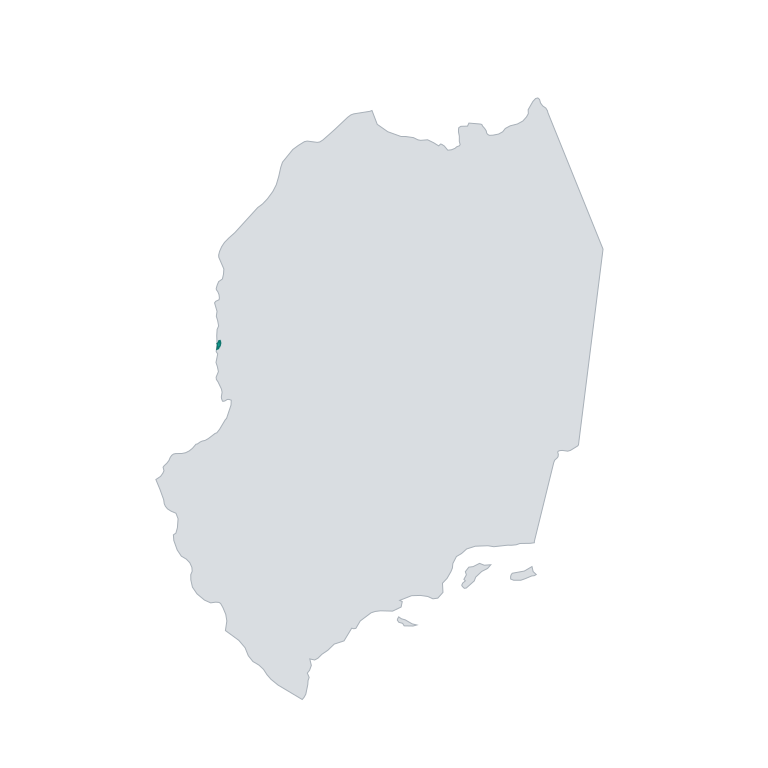 Tunduma, Mbeya, United Republic of Tanzania (highlighted), rotated 68°
{"feature_id": "72390352B1593050996578", "entity_name": "Tunduma", "entity_type": "district", "adm_level": 2, "iso_a3": "TZA", "parent_name": "United Republic of Tanzania", "parent_adm1": "Mbeya", "projection": "mercator", "projection_center": [32.774, -9.303], "detail": "fine", "context": "in_parent", "style": "filled", "palette": "teal", "viewbox_px": 768, "rotation_deg": 68, "n_neighbors": 0, "source": "geoboundaries", "source_scale": "gbopen_adm2", "svg_char_len": 4807}
<svg xmlns="http://www.w3.org/2000/svg" viewBox="0 0 768 768"><g transform="rotate(68 384 384)"><path d="M291.2,527.5L283.5,523.5L276.6,521.0L270.9,518.3L268.3,515.6L263.0,514.5L258.4,514.1L254.1,511.6L245.3,510.7L244.3,509.1L244.1,505.4L242.6,504.4L239.4,503.5L236.0,503.5L233.9,504.1L232.6,503.8L229.8,501.6L227.1,498.9L226.1,494.5L222.1,491.7L217.4,489.4L204.6,489.7L202.5,489.0L199.5,486.8L195.9,483.1L193.0,478.9L190.5,473.2L187.8,465.6L173.1,435.0L171.6,429.2L168.7,422.8L163.9,415.0L158.9,409.2L152.2,403.9L144.5,398.6L140.3,395.0L132.4,380.7L130.7,374.0L129.5,367.0L130.0,364.2L135.0,355.3L135.5,352.8L134.9,349.4L132.4,342.2L129.3,333.6L123.1,317.8L122.1,313.9L122.2,310.9L125.9,294.9L125.9,292.7L140.7,293.0L151.5,286.0L160.9,275.5L162.7,271.1L166.6,264.4L170.3,261.1L171.8,258.8L173.9,252.1L178.9,247.6L183.7,244.1L182.7,241.6L183.4,240.7L186.0,238.9L191.1,237.3L192.1,233.8L192.1,229.9L191.3,227.6L191.4,225.1L190.6,223.7L187.3,223.3L182.4,221.3L178.2,220.5L175.4,219.3L174.3,218.5L173.9,216.1L176.2,210.0L173.9,207.5L179.0,197.4L180.0,196.1L181.8,196.0L184.8,194.9L187.6,194.4L189.8,194.8L191.4,194.4L192.9,193.2L194.1,189.8L195.2,184.1L194.6,179.4L192.5,175.8L191.9,170.3L192.9,162.9L192.2,156.8L189.8,151.9L187.4,148.9L183.7,147.6L177.8,140.1L176.1,136.5L176.4,134.2L178.4,133.2L182.1,133.6L185.6,132.7L188.8,130.6L192.0,130.1L193.7,130.4L341.0,130.4L513.3,226.5L514.0,227.7L515.4,236.0L515.1,238.8L512.4,243.5L511.6,246.0L511.6,247.8L512.3,248.5L514.5,248.7L516.5,249.8L517.2,250.7L518.6,254.3L520.5,256.1L586.0,303.4L587.5,304.1L586.5,308.1L582.8,317.7L582.6,321.7L581.2,326.4L579.8,329.6L576.0,343.1L572.9,348.2L568.6,360.1L567.9,369.2L570.2,375.5L571.1,381.5L576.2,387.4L580.2,389.5L583.0,392.2L587.8,398.3L590.6,404.4L599.3,407.4L602.7,414.3L601.5,419.1L597.4,423.0L593.7,429.4L590.6,437.7L590.5,450.5L592.6,448.6L597.2,451.7L597.8,461.1L593.0,472.1L591.6,477.3L591.3,481.7L594.8,494.8L600.0,501.6L599.6,503.7L598.3,505.4L607.2,517.3L606.5,527.6L609.8,535.7L611.3,542.7L613.5,548.0L613.9,551.7L611.1,555.8L617.7,556.8L621.5,560.2L623.3,563.4L628.0,563.3L630.5,565.5L634.2,567.3L642.3,572.7L644.5,575.4L645.9,578.0L623.5,595.0L615.5,599.4L609.7,601.4L603.5,602.6L597.7,605.3L592.2,609.5L585.1,611.6L576.5,611.6L567.4,614.6L553.2,623.4L544.9,618.5L538.3,617.0L530.9,617.1L526.3,617.7L524.7,618.8L523.2,621.8L522.0,626.7L517.1,631.4L508.5,636.0L500.6,637.7L493.3,636.5L488.4,634.6L485.8,632.0L482.0,630.8L477.0,631.0L472.3,632.9L467.7,636.4L460.4,637.9L450.4,637.5L445.0,635.8L444.3,632.8L439.9,629.4L431.8,625.4L425.9,625.3L422.1,629.1L418.7,631.5L415.5,632.5L412.7,632.6L408.7,631.6L397.6,631.2L387.1,631.3L386.0,625.8L383.9,622.5L382.0,620.5L378.4,620.0L377.4,618.4L376.1,615.0L374.4,612.1L372.0,609.7L370.6,607.5L370.1,605.4L370.5,603.1L372.7,597.5L373.4,593.7L373.1,589.7L371.9,585.7L369.4,580.9L369.7,579.5L368.9,576.2L368.8,573.9L369.3,571.1L368.8,567.3L366.6,559.3L366.6,557.2L364.4,553.4L357.4,544.2L357.1,543.0L346.2,533.7L341.8,531.7L340.2,533.5L339.6,535.1L340.1,538.0L339.8,539.5L339.4,540.2L336.8,540.1L335.1,539.7L331.0,537.2L327.8,536.6L319.8,537.1L317.0,537.7L314.8,537.1L310.5,532.9L305.6,532.0L301.1,531.7L293.8,526.9L291.2,527.5ZM600.4,374.1L604.0,384.2L603.5,386.1L601.0,387.2L599.7,387.3L598.1,385.7L597.0,382.3L595.0,383.1L591.8,379.1L588.5,378.9L585.6,374.0L586.7,369.8L586.1,362.6L589.6,358.9L591.6,352.7L593.8,357.0L594.4,363.6L597.4,371.3L600.4,374.1ZM617.7,314.2L618.0,316.6L617.3,318.8L617.4,326.0L617.2,330.7L614.5,337.3L612.3,339.6L610.3,338.9L608.7,337.8L607.5,336.0L610.0,324.0L608.7,315.2L613.8,316.0L617.7,314.2ZM610.5,459.5L607.9,460.1L607.0,459.5L605.4,457.6L608.1,455.9L610.7,452.6L616.9,447.8L619.7,443.9L619.3,447.7L615.8,455.9L612.9,456.4L610.5,459.5Z" fill="#d9dde1" stroke="#a8b0b8" stroke-width="1"/><path d="M289.1,524.2L288.8,524.2L288.7,524.1L288.4,524.1L288.1,524.1L287.8,523.9L287.7,523.6L287.8,523.2L288.0,522.8L288.0,522.7L287.8,522.5L287.5,522.3L287.4,522.1L287.1,521.8L286.9,521.5L286.5,521.3L286.4,521.2L286.2,521.1L286.0,520.9L285.8,520.8L285.7,520.7L285.3,520.4L285.1,520.3L285.1,520.5L285.0,520.8L284.9,520.7L284.7,520.5L284.5,520.4L284.4,520.4L284.2,520.3L284.0,520.2L283.8,520.1L283.6,520.0L283.5,519.9L283.3,519.8L283.2,519.8L283.0,519.7L282.9,519.7L282.7,519.6L282.4,519.5L282.4,519.4L282.3,519.6L282.3,520.0L282.3,520.5L282.2,520.9L282.2,521.0L282.3,521.1L282.4,521.3L282.6,521.4L282.8,521.5L283.0,521.5L283.3,521.6L283.5,521.7L283.5,521.8L283.6,522.0L283.6,522.3L283.7,522.5L283.8,522.6L283.8,522.8L283.8,523.0L283.9,523.3L284.0,523.4L284.0,523.5L284.3,523.5L284.5,523.5L284.7,523.4L284.8,523.4L285.0,523.4L285.3,523.5L285.5,523.5L286.4,524.1L287.1,524.5L289.1,525.8L289.1,525.6L289.1,525.4L289.1,525.1L289.1,524.8L289.1,524.6L289.1,524.4L289.1,524.2L289.1,524.2Z" fill="#14b8a6" stroke="#0f766e" stroke-width="1.5"/></g></svg>